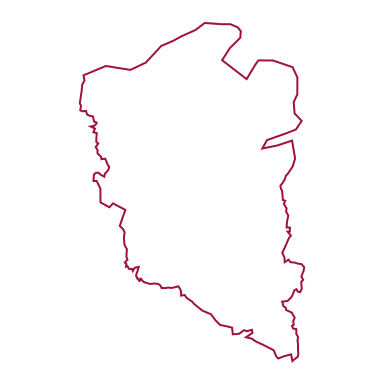 Vavatsinia, Larnaca, Cyprus (Equal Earth projection)
{"feature_id": "46923920B57203172631689", "entity_name": "Vavatsinia", "entity_type": "district", "adm_level": 2, "iso_a3": "CYP", "parent_name": "Cyprus", "parent_adm1": "Larnaca", "projection": "equal_earth", "projection_center": [33.234, 34.887], "detail": "fine", "context": "isolated", "style": "outline", "palette": "rose", "viewbox_px": 384, "rotation_deg": 0, "n_neighbors": 0, "source": "geoboundaries", "source_scale": "gbopen_adm2", "svg_char_len": 2897}
<svg xmlns="http://www.w3.org/2000/svg" viewBox="0 0 384 384"><path d="M83.5,75.3L84.5,80.5L82.2,84.8L81.5,92.1L79.8,103.3L81.0,105.7L80.3,110.4L82.6,111.3L86.0,110.9L87.0,114.4L89.0,115.6L92.9,116.4L94.2,121.7L96.4,122.4L96.7,123.4L94.1,125.9L90.7,126.5L95.0,128.6L93.4,132.2L96.8,133.2L96.6,135.3L96.3,139.0L96.4,142.2L98.3,143.5L95.7,147.0L97.5,150.1L97.5,153.5L98.7,154.5L101.2,156.9L101.4,159.2L105.2,158.7L106.4,161.4L107.9,165.2L109.2,166.6L108.7,168.7L107.7,170.8L104.9,173.7L104.3,176.7L100.6,174.7L98.4,172.7L95.8,172.9L93.9,174.5L93.7,177.1L93.5,181.0L96.6,181.0L100.4,188.5L100.5,202.4L109.4,207.3L113.0,203.4L125.4,209.9L122.8,217.0L119.8,225.9L123.1,229.2L124.6,232.3L124.5,233.0L123.9,237.7L124.5,244.7L125.7,247.1L126.9,249.1L126.4,256.7L127.5,259.8L126.7,260.5L124.8,262.5L126.4,263.9L126.0,266.7L127.4,266.1L129.1,268.9L132.3,269.0L132.8,270.9L134.8,267.7L138.7,266.9L137.2,272.1L136.5,273.5L136.1,276.2L137.4,277.8L137.2,278.5L138.1,279.2L139.4,281.0L140.0,280.7L140.7,279.8L140.4,278.8L141.1,278.9L142.3,280.5L143.7,282.0L144.9,282.4L147.6,283.2L149.9,284.0L154.3,283.5L158.2,283.9L160.4,285.5L161.6,288.0L165.8,288.1L168.3,287.5L171.1,288.0L175.1,287.2L178.4,286.3L179.9,288.7L181.0,291.0L181.1,295.6L184.7,295.0L186.6,297.9L192.1,301.6L194.4,304.2L202.5,310.7L211.1,314.3L215.2,320.0L220.1,324.9L220.2,325.0L227.7,326.5L232.1,327.7L232.8,334.3L239.0,333.8L244.1,330.2L246.8,331.2L251.9,329.8L252.5,332.9L246.1,337.2L251.6,338.6L256.4,341.8L262.5,344.5L273.8,350.3L276.1,356.2L278.2,358.5L284.4,356.1L291.1,354.4L292.4,361.0L292.7,360.7L297.7,356.8L298.4,353.9L298.0,350.1L298.0,344.7L298.0,344.1L297.5,340.7L298.1,337.0L296.3,333.9L296.3,329.1L293.2,328.6L292.0,325.8L293.7,324.9L293.2,321.2L294.7,317.8L293.5,315.7L291.6,312.5L286.1,310.0L285.8,307.8L284.0,306.6L282.9,305.3L282.8,303.2L282.2,301.7L283.9,301.4L286.1,301.2L287.9,300.7L289.6,298.9L291.7,296.8L292.8,294.3L294.4,290.2L296.4,289.2L297.7,291.5L300.1,292.2L301.8,288.6L301.3,283.6L301.3,281.8L303.2,279.8L301.4,276.8L302.5,273.4L303.6,270.9L304.2,267.2L301.5,264.1L298.1,263.7L294.9,262.6L290.5,262.2L288.5,259.7L284.7,262.2L284.5,257.6L282.3,252.8L285.8,245.3L288.9,238.0L290.9,235.6L287.6,231.6L289.8,231.5L289.9,227.6L286.6,227.5L287.0,221.8L288.3,215.7L286.1,211.5L286.6,208.3L283.9,204.1L285.2,200.7L282.8,200.0L282.8,199.8L282.7,197.2L282.4,194.5L282.2,191.3L280.9,188.5L280.4,185.8L283.1,182.2L284.8,179.2L285.9,175.7L287.7,173.9L288.8,172.3L292.6,166.6L295.1,158.5L292.4,142.5L292.1,140.6L276.9,145.6L270.3,146.9L262.3,148.5L267.0,140.1L287.0,133.0L295.9,129.5L301.7,120.9L294.6,113.4L293.7,102.2L297.3,94.4L297.4,77.5L292.6,67.2L273.0,60.5L258.4,60.4L255.5,64.4L246.6,79.1L222.1,60.2L229.8,48.2L240.3,37.7L240.8,31.2L237.7,27.3L230.3,24.2L221.7,24.2L204.7,23.0L195.5,30.0L182.3,35.9L173.0,40.9L161.3,45.9L145.8,62.6L130.4,69.9L105.8,66.0L83.5,75.3Z" fill="none" stroke="#9f1239" stroke-width="2"/></svg>